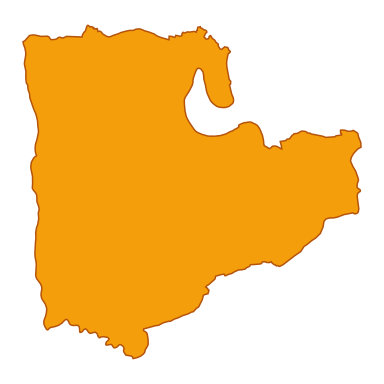 the district of Krok Phra, Nakhon Sawan, Thailand
{"feature_id": "78962969B8513684834011", "entity_name": "Krok Phra", "entity_type": "district", "adm_level": 2, "iso_a3": "THA", "parent_name": "Thailand", "parent_adm1": "Nakhon Sawan", "projection": "mercator", "projection_center": [100.023, 15.583], "detail": "fine", "context": "isolated", "style": "filled", "palette": "amber", "viewbox_px": 384, "rotation_deg": 0, "n_neighbors": 0, "source": "geoboundaries", "source_scale": "gbopen_adm2", "svg_char_len": 5816}
<svg xmlns="http://www.w3.org/2000/svg" viewBox="0 0 384 384"><path d="M361.0,147.2L360.8,142.6L358.5,136.7L357.9,133.7L356.9,132.6L353.3,130.4L351.6,131.1L347.8,131.3L345.3,130.3L342.2,130.0L340.5,130.2L340.4,130.9L340.7,132.2L340.6,133.3L341.5,133.7L341.5,135.0L336.0,135.8L334.8,136.8L325.6,137.4L323.6,136.5L321.1,135.9L310.8,133.9L310.4,133.3L307.3,132.8L306.6,132.0L305.2,131.4L302.4,131.1L301.3,131.2L297.5,133.3L293.8,133.9L292.8,135.0L292.1,135.4L289.4,138.9L287.1,139.1L285.6,140.6L280.2,141.5L281.4,145.9L281.7,149.0L276.9,146.4L274.8,146.0L272.5,146.2L271.0,147.8L269.1,148.6L267.0,147.1L264.4,145.8L263.8,144.1L263.5,140.3L262.5,135.6L260.1,129.6L258.6,127.1L257.3,125.4L255.2,124.1L250.9,122.1L248.1,122.1L246.5,122.5L244.1,122.7L239.4,124.6L238.7,125.3L239.0,126.7L236.3,128.8L234.7,129.3L233.2,130.5L229.7,131.9L226.1,133.9L220.3,135.6L214.7,136.2L208.0,136.1L202.1,134.4L197.5,132.5L195.7,131.2L193.7,128.9L189.2,122.2L187.4,119.0L186.2,116.2L185.0,110.9L184.4,104.2L184.3,100.4L184.6,98.9L185.2,97.3L189.2,91.1L192.2,85.3L192.9,82.8L193.0,80.1L193.6,77.3L195.5,72.0L196.6,69.6L197.3,68.7L198.5,68.2L200.3,68.7L201.1,69.3L203.1,72.2L203.6,75.2L203.9,79.3L205.3,84.4L206.5,91.0L207.3,93.6L209.5,98.6L210.7,100.9L212.0,102.5L213.9,104.2L216.3,106.0L218.0,106.8L219.9,107.3L223.7,107.6L225.9,107.4L229.0,106.4L231.1,104.7L232.7,103.4L233.1,102.7L233.6,100.8L233.3,97.8L231.7,94.1L229.5,84.9L230.6,84.0L230.7,81.2L229.2,79.5L227.0,67.8L226.6,63.9L226.8,60.4L228.1,54.0L230.2,52.1L230.3,51.3L228.7,50.0L228.2,48.1L227.1,47.2L225.6,47.3L224.7,46.8L222.0,49.1L221.0,49.3L220.1,48.9L218.5,46.5L218.1,43.9L216.1,42.4L214.6,40.0L212.4,38.5L210.6,35.6L210.0,35.7L209.1,36.6L208.8,38.1L208.3,38.7L206.5,39.2L205.4,38.6L205.3,38.0L204.3,37.4L204.1,36.7L205.3,33.8L206.9,32.1L206.5,30.9L205.8,30.3L203.7,29.7L202.1,28.4L200.4,27.8L200.3,26.7L197.7,27.3L197.3,30.2L196.8,30.3L196.3,32.2L194.3,31.4L191.0,31.9L188.9,32.1L187.8,31.8L184.3,33.0L183.3,32.9L183.0,32.4L182.0,33.6L181.9,35.5L180.7,36.1L179.6,36.2L175.9,35.3L175.1,37.0L174.6,37.4L172.3,36.5L169.1,36.2L169.0,39.8L160.6,37.4L157.4,36.1L155.8,35.2L154.6,34.2L149.2,32.1L144.7,30.8L140.9,29.2L139.6,28.9L136.2,29.1L133.2,30.4L129.8,30.4L126.6,31.0L121.0,32.5L118.4,33.7L112.6,35.6L110.3,36.7L108.8,36.9L105.8,36.0L105.2,35.4L102.9,34.1L101.2,32.0L99.8,31.1L97.8,31.5L97.5,29.2L97.1,28.6L96.2,28.7L96.0,29.2L94.7,28.7L94.2,28.8L93.9,28.5L93.4,28.6L93.1,28.1L93.4,27.7L93.0,27.7L92.6,26.9L90.9,26.6L90.3,27.0L88.4,25.5L87.4,25.4L86.5,27.2L85.7,30.2L85.2,31.2L84.8,31.7L84.1,32.1L82.4,34.9L82.1,37.0L66.7,36.4L62.7,38.1L60.2,37.3L59.0,37.3L58.1,37.7L56.9,38.8L55.3,39.4L51.5,39.7L50.7,39.4L48.8,36.8L47.6,36.2L41.1,36.4L34.7,35.0L32.4,35.0L29.5,35.5L24.6,41.0L23.0,41.7L23.5,44.4L24.9,48.1L25.7,52.0L25.7,55.4L24.5,62.3L24.4,64.2L25.9,71.2L25.8,78.2L26.3,82.8L27.6,85.0L28.2,90.1L29.5,93.6L29.8,97.5L30.2,98.9L33.3,108.0L35.9,114.1L36.8,117.6L37.6,121.3L37.8,125.5L38.4,129.8L38.4,132.6L36.8,140.1L35.5,144.2L35.1,148.3L35.3,151.2L35.8,153.6L36.5,155.8L34.6,157.1L33.7,158.0L32.4,160.3L31.3,162.5L30.8,166.5L31.0,169.0L32.5,176.3L32.6,183.2L32.3,188.2L33.3,190.1L35.6,192.8L36.7,195.2L36.9,197.8L36.9,201.3L37.7,203.9L38.7,206.4L39.2,209.7L38.5,211.9L38.3,213.5L38.7,218.5L38.4,220.7L37.7,224.5L36.6,227.4L35.7,232.5L35.9,237.9L35.5,242.1L34.9,253.3L35.1,256.8L36.2,262.8L36.3,264.4L35.7,275.4L36.0,276.9L36.7,278.7L40.2,283.4L41.5,286.1L41.9,288.5L41.1,293.4L41.0,295.0L41.4,297.3L42.1,299.2L45.3,304.1L46.5,307.6L46.7,309.5L46.4,312.6L45.6,316.1L44.1,320.2L43.8,322.2L44.0,324.3L45.0,326.7L46.6,329.4L47.2,329.8L47.8,329.9L49.2,328.4L50.4,327.6L55.6,326.4L58.8,325.2L62.1,323.0L63.6,321.3L65.4,319.7L65.8,319.5L66.9,319.5L68.0,320.5L69.7,324.0L71.0,325.0L73.0,325.5L77.4,325.3L78.5,325.9L79.0,326.4L79.5,328.2L79.7,331.7L79.9,332.2L80.7,332.4L81.6,332.1L82.5,331.4L83.9,329.5L85.2,328.9L86.7,329.6L88.5,332.2L89.9,333.3L90.6,333.3L94.8,332.2L95.4,332.2L97.3,333.9L98.1,336.5L99.2,337.7L99.7,337.7L101.4,336.9L103.7,336.7L107.6,337.4L108.5,338.2L109.0,338.8L109.0,339.4L106.2,342.3L105.7,344.1L106.1,345.0L107.0,345.1L110.0,344.5L111.2,344.4L112.2,345.3L113.6,347.6L114.3,347.8L115.1,347.8L117.1,346.9L119.4,344.7L121.0,344.8L122.9,346.1L123.7,347.4L124.1,348.7L123.5,350.3L123.7,351.7L125.8,355.1L131.5,356.1L132.6,357.0L133.1,358.6L136.9,357.7L139.7,356.6L142.4,354.9L144.0,353.3L144.9,351.8L145.1,350.1L147.5,346.1L148.2,344.2L148.0,338.8L147.1,333.5L146.0,332.2L144.1,331.0L143.6,330.5L143.5,329.6L143.7,328.9L155.9,325.6L158.0,325.4L159.2,325.0L162.2,323.3L164.2,322.5L168.7,321.3L170.5,321.2L174.6,319.0L178.2,317.8L182.7,315.6L188.3,313.8L191.2,312.2L193.4,311.7L196.5,308.3L198.6,307.0L202.2,299.9L203.4,295.3L204.6,294.6L208.0,293.8L208.0,293.1L208.6,292.0L208.9,290.1L208.0,289.6L207.6,288.4L205.7,287.0L206.2,286.7L206.6,285.9L207.2,285.4L208.5,284.8L214.8,279.2L215.3,278.1L215.5,276.4L215.7,276.2L219.9,274.9L223.4,274.2L224.4,274.4L224.8,275.6L225.3,275.8L228.7,274.3L231.7,273.5L235.5,271.2L236.7,270.9L237.9,270.1L242.2,269.7L245.2,269.0L246.8,267.5L248.7,266.8L249.8,266.1L250.4,264.9L250.9,264.6L254.3,264.5L260.8,263.9L261.5,263.4L262.4,262.0L264.6,261.7L266.5,262.4L268.7,262.6L269.7,262.5L271.3,261.7L272.2,263.2L274.5,264.8L275.6,265.1L276.4,265.9L277.9,265.6L278.9,266.3L279.8,266.4L283.3,264.5L294.6,255.8L300.8,251.5L304.0,246.5L306.9,244.6L311.9,240.5L315.6,238.1L320.3,233.5L323.0,227.1L323.9,221.7L325.7,219.1L329.2,218.0L333.4,217.9L337.5,217.1L344.0,214.6L352.9,212.9L354.4,213.8L356.0,213.7L356.9,213.4L357.8,212.6L358.3,211.8L358.8,208.8L357.2,196.4L357.5,193.9L358.0,192.9L360.1,191.5L360.4,190.4L359.8,189.5L357.7,188.2L357.3,187.6L357.0,186.5L357.3,183.7L358.5,180.2L358.0,177.8L355.6,171.0L352.9,166.5L350.5,161.1L351.3,157.5L353.4,153.7L357.6,149.1L361.0,147.2Z" fill="#f59e0b" stroke="#b45309" stroke-width="1.5"/></svg>